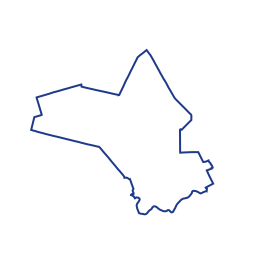 outline of Foeni, Timis, Romania, rotated 14°
{"feature_id": "2599482B56844423144211", "entity_name": "Foeni", "entity_type": "district", "adm_level": 2, "iso_a3": "ROU", "parent_name": "Romania", "parent_adm1": "Timis", "projection": "albers", "projection_center": [20.878, 45.496], "detail": "fine", "context": "isolated", "style": "outline", "palette": "blue", "viewbox_px": 256, "rotation_deg": 14, "n_neighbors": 0, "source": "geoboundaries", "source_scale": "gbopen_adm2", "svg_char_len": 5130}
<svg xmlns="http://www.w3.org/2000/svg" viewBox="0 0 256 256"><g transform="rotate(14 128 128)"><path d="M206.2,173.5L206.7,173.2L207.7,172.9L208.2,172.9L208.8,172.8L210.3,173.0L211.2,173.1L211.9,173.3L212.3,173.5L212.8,173.6L213.1,173.7L213.7,173.8L214.1,173.9L214.3,173.8L214.5,173.7L214.8,173.6L215.2,173.3L215.8,172.8L216.3,172.3L216.6,172.1L217.2,171.6L217.5,171.4L218.1,171.0L218.6,170.7L218.9,170.6L219.1,170.4L219.4,170.3L219.5,170.3L219.4,170.1L219.4,169.8L219.3,169.5L219.4,169.3L219.3,169.1L219.4,168.8L219.4,168.5L219.4,168.1L219.3,167.9L219.0,167.3L218.7,166.9L217.3,167.7L217.8,167.3L217.7,167.1L221.4,163.8L224.1,161.4L218.4,154.7L215.5,151.1L214.7,150.1L219.0,147.2L218.7,146.7L219.8,146.0L219.8,145.9L218.1,143.7L217.5,143.5L217.2,143.3L217.1,143.2L217.0,142.9L216.8,142.7L216.6,142.4L216.4,142.1L216.2,142.0L215.9,141.8L215.6,141.7L215.3,141.5L215.0,141.4L214.8,141.2L214.5,140.9L214.0,140.0L211.4,142.0L209.2,142.8L204.2,137.0L202.0,134.4L195.0,136.2L189.9,137.7L185.9,138.9L184.6,139.3L184.2,138.0L182.5,131.3L180.9,125.0L180.0,121.4L179.3,118.9L178.9,117.1L179.0,116.8L179.1,116.7L179.4,116.5L179.9,116.5L180.5,116.7L185.9,107.6L187.5,105.0L187.0,102.7L186.4,100.4L186.2,100.1L185.9,99.8L185.5,99.5L184.0,98.7L180.8,96.7L176.9,94.3L176.5,94.1L172.4,91.6L170.4,90.4L167.9,88.9L166.4,87.9L165.6,87.2L164.3,85.9L162.5,84.0L161.6,83.1L159.3,80.7L157.1,78.5L156.9,78.2L156.2,77.4L154.7,75.7L152.2,73.1L151.4,72.3L151.1,72.3L150.6,71.7L149.2,70.1L146.2,67.0L143.6,64.1L139.2,59.4L136.2,56.1L134.4,54.2L133.6,53.4L133.0,52.8L132.2,51.9L130.6,50.7L129.5,49.8L128.1,48.6L127.2,47.9L126.8,48.4L125.6,50.0L124.3,51.7L122.3,54.2L121.3,55.5L121.0,56.0L120.8,56.3L120.5,56.7L120.2,57.2L120.0,58.1L119.7,59.7L118.9,63.1L118.3,65.9L117.7,68.7L116.7,73.0L116.0,76.6L115.3,79.5L114.8,81.4L114.2,84.1L113.6,87.8L112.6,92.6L111.5,97.9L111.5,98.1L111.1,98.3L111.1,98.2L106.5,98.4L100.7,98.5L96.3,98.6L90.7,98.8L86.7,98.9L82.2,99.0L77.1,99.1L72.9,99.1L72.3,97.3L72.2,97.1L69.9,98.4L66.9,100.1L63.9,101.8L62.5,102.6L60.0,104.1L57.4,105.5L54.5,107.2L51.8,108.8L48.4,110.7L48.1,110.8L45.6,112.3L43.0,114.0L40.2,115.6L37.5,117.2L34.7,118.8L32.2,120.3L31.9,120.4L31.9,120.6L33.3,122.9L34.7,125.2L36.1,127.6L37.6,130.1L38.9,132.3L41.1,136.0L41.0,136.3L39.2,137.4L37.1,138.6L34.5,140.1L34.5,143.5L34.5,146.7L34.5,146.9L34.5,149.9L34.5,153.3L37.6,153.4L40.3,153.5L42.9,153.6L46.5,153.6L49.1,153.7L52.9,153.7L55.6,153.7L58.8,153.7L62.1,153.6L65.5,153.6L68.8,153.6L71.6,153.6L74.4,153.6L77.5,153.6L79.7,153.6L80.4,153.6L83.3,153.5L86.2,153.6L89.2,153.6L92.4,153.6L96.2,153.5L98.6,153.4L101.9,153.4L104.6,153.3L107.4,155.2L109.8,157.0L113.1,159.3L115.4,160.9L118.1,162.9L119.8,164.2L120.2,164.5L122.8,166.4L123.4,166.8L125.7,168.5L128.2,170.4L130.9,172.2L133.7,174.2L135.0,175.2L136.0,176.1L136.6,177.2L136.9,177.0L138.5,176.5L139.8,176.7L141.4,177.3L141.9,177.3L142.0,177.3L142.2,177.1L142.4,177.3L143.6,179.1L144.3,180.2L145.3,181.7L146.0,182.8L147.3,184.7L147.7,185.2L148.0,185.7L148.0,185.8L147.6,187.2L147.7,187.8L148.1,188.4L148.5,188.9L149.2,189.8L149.2,190.0L149.3,190.4L149.2,190.6L149.2,190.8L148.7,190.9L148.3,191.0L148.1,191.0L147.8,191.2L147.6,191.4L147.6,191.5L147.1,192.0L147.1,192.3L147.3,192.3L148.1,192.5L149.1,192.6L150.0,193.0L150.5,193.2L150.9,193.8L151.7,194.6L151.9,194.5L152.8,193.4L153.9,193.2L154.5,193.1L154.9,193.1L155.6,193.4L156.1,193.7L156.6,194.2L156.6,195.3L156.3,196.3L156.0,197.3L155.7,198.0L155.4,198.8L155.1,199.6L155.1,200.5L155.2,201.4L156.0,202.9L156.5,204.0L156.8,204.4L157.9,206.0L158.0,206.1L158.3,206.5L158.8,207.1L159.0,207.7L159.2,207.9L159.3,207.9L160.2,208.0L160.9,208.1L161.5,208.0L162.5,207.9L163.2,207.8L163.9,207.8L164.6,207.8L165.1,207.7L165.7,207.5L166.2,207.2L166.5,206.9L167.0,206.3L167.2,205.9L167.4,205.6L167.6,204.9L167.7,204.6L167.9,204.3L168.2,203.7L168.5,203.1L169.0,202.6L169.2,202.3L169.7,201.8L170.1,201.3L170.4,200.8L170.6,200.3L170.7,199.8L170.8,199.5L171.0,199.0L171.3,198.5L171.6,198.1L172.2,197.7L172.7,197.6L173.3,197.5L173.9,197.6L174.5,197.7L175.0,197.9L175.5,198.0L176.6,198.7L177.4,199.0L178.4,199.4L179.0,199.6L179.8,199.7L180.2,199.7L180.6,199.8L181.1,199.9L181.5,200.0L182.2,200.1L182.8,200.1L183.4,200.0L184.0,199.9L184.5,199.7L185.0,199.5L185.2,199.4L185.7,199.0L185.9,198.8L186.1,198.5L186.4,198.2L186.7,198.0L187.0,197.9L187.3,197.8L187.7,197.9L188.3,198.1L188.6,198.3L188.9,198.5L189.4,198.8L189.9,199.1L190.0,199.2L190.5,199.3L190.9,199.2L191.2,199.1L191.4,199.0L191.6,198.7L191.9,198.5L192.1,198.2L192.2,197.7L192.3,197.4L192.3,197.1L192.4,196.6L192.6,196.0L192.6,195.7L192.8,195.4L193.0,194.7L193.2,194.0L193.2,193.8L193.3,193.3L193.4,192.5L193.6,191.7L193.8,190.8L194.0,190.3L194.2,189.7L194.6,188.9L194.7,188.7L195.3,187.7L195.8,186.9L196.3,186.0L196.5,185.5L196.7,185.2L197.3,184.5L197.7,184.0L198.3,183.4L199.1,183.0L200.0,182.6L200.9,182.1L201.7,181.7L202.3,181.4L202.5,181.2L202.9,180.9L203.7,179.9L204.1,179.3L204.5,178.6L204.7,178.1L204.8,177.8L205.0,177.4L205.3,176.6L205.6,175.8L205.7,175.3L205.7,175.1L205.6,174.8L205.6,174.5L205.7,174.3L205.8,174.0L205.9,173.8L206.1,173.5L206.2,173.5Z" fill="none" stroke="#1e3a8a" stroke-width="2"/></g></svg>